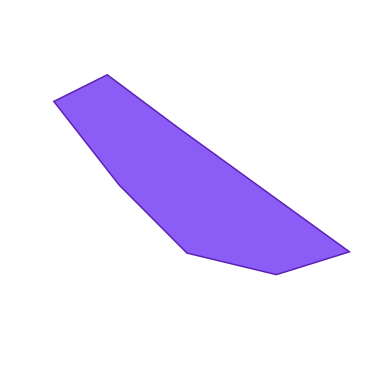 map outline of Harbour Island (Robinson projection), rotated 212°
{"feature_id": "BHS-5026", "entity_name": "Harbour Island", "entity_type": "District", "adm_level": 1, "iso_a3": "BHS", "parent_name": "The Bahamas", "parent_adm1": "", "projection": "robinson", "projection_center": [-76.765, 25.545], "detail": "fine", "context": "isolated", "style": "filled", "palette": "violet", "viewbox_px": 384, "rotation_deg": 212, "n_neighbors": 0, "source": "natural_earth", "source_scale": "10m", "svg_char_len": 265}
<svg xmlns="http://www.w3.org/2000/svg" viewBox="0 0 384 384"><g transform="rotate(212 192 192)"><path d="M163.9,137.5L257.5,159.3L357.2,195.6L326.0,246.5L238.8,239.2L26.8,224.7L76.7,166.6L163.9,137.5Z" fill="#8b5cf6" stroke="#5b21b6" stroke-width="1.5"/></g></svg>